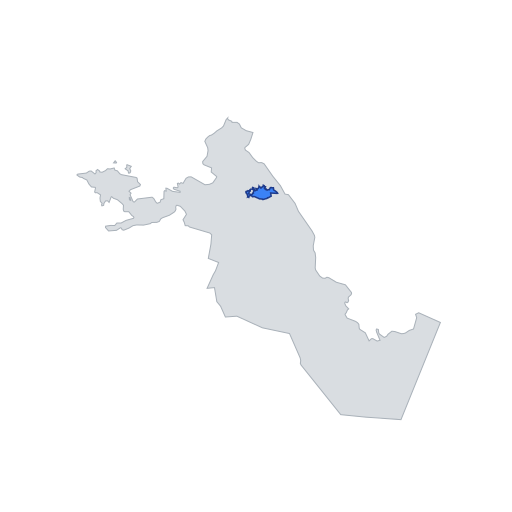 location of Mubarek, Kashkadarya, Uzbekistan, rotated 200°
{"feature_id": "79887680B29394566639719", "entity_name": "Mubarek", "entity_type": "district", "adm_level": 2, "iso_a3": "UZB", "parent_name": "Uzbekistan", "parent_adm1": "Kashkadarya", "projection": "natural_earth1", "projection_center": [65.477, 39.211], "detail": "fine", "context": "in_parent", "style": "filled", "palette": "blue", "viewbox_px": 512, "rotation_deg": 200, "n_neighbors": 0, "source": "geoboundaries", "source_scale": "gbopen_adm2", "svg_char_len": 5648}
<svg xmlns="http://www.w3.org/2000/svg" viewBox="0 0 512 512"><g transform="rotate(200 256 256)"><path d="M395.9,232.4L403.1,229.1L407.2,231.3L407.5,232.6L403.1,235.0L399.2,236.3L398.0,239.4L394.1,240.8L390.2,245.1L384.0,249.5L383.9,250.4L384.5,251.1L386.5,251.6L390.7,254.1L394.7,252.7L395.7,253.0L396.7,254.4L397.9,258.4L399.7,259.4L405.5,261.5L409.8,261.5L411.9,262.4L412.3,262.0L412.4,256.1L414.3,257.1L416.2,256.3L416.9,253.4L416.5,251.5L417.9,250.4L418.6,251.1L418.7,252.9L420.9,254.0L422.4,257.0L423.0,260.3L427.0,261.2L428.4,260.5L429.5,260.9L430.1,265.2L430.7,265.5L434.2,264.6L437.5,266.4L441.0,269.6L445.0,269.9L445.8,270.4L448.6,269.9L451.9,270.8L452.0,271.3L451.5,272.0L443.8,275.9L441.7,278.7L440.0,279.5L435.4,278.0L434.7,279.7L435.5,281.3L434.5,283.1L432.1,282.4L431.6,281.6L429.3,282.0L426.6,284.8L425.4,287.2L422.8,287.9L419.4,290.2L417.9,288.4L415.4,288.6L412.1,286.7L410.4,286.4L395.5,288.8L394.4,288.5L392.7,285.3L389.0,283.6L389.1,282.0L396.6,275.4L397.5,273.4L394.9,272.3L395.3,270.5L390.2,265.2L389.3,264.9L388.7,265.1L386.9,269.0L373.8,275.7L371.8,275.1L368.8,272.6L366.9,271.7L364.5,273.8L364.6,276.4L362.2,278.3L364.5,285.2L364.3,286.1L362.6,286.3L363.9,288.9L362.8,289.2L356.5,288.2L349.1,289.8L349.4,290.9L355.9,290.7L356.8,291.2L357.0,292.0L356.6,292.6L353.2,293.2L352.8,294.2L354.7,297.3L353.9,298.0L352.6,297.4L351.6,299.3L349.4,299.3L348.3,305.1L346.5,307.2L344.0,308.2L328.3,305.5L324.3,307.4L321.6,310.0L319.9,316.4L320.1,317.2L326.8,319.6L327.9,323.6L336.0,323.9L337.4,324.5L338.0,325.5L338.4,326.6L336.1,332.9L337.1,338.6L338.4,341.2L343.3,346.2L343.1,348.9L342.0,351.3L340.7,353.4L339.3,354.3L337.3,357.0L335.5,360.3L332.1,364.6L331.0,367.0L330.7,374.0L329.8,376.1L329.7,375.3L328.4,374.5L324.9,374.3L324.2,373.4L319.6,375.1L316.7,374.3L313.7,371.4L308.1,370.4L301.1,371.0L300.8,363.8L301.1,358.4L303.5,354.2L303.4,353.4L302.2,351.9L297.9,350.8L292.9,347.4L288.2,345.2L285.6,344.5L282.6,345.7L279.9,345.4L267.5,336.7L257.1,330.4L249.9,324.1L246.5,324.7L237.3,318.8L231.4,312.5L211.9,298.7L208.1,295.3L207.1,293.6L205.7,285.1L204.0,281.2L201.5,279.1L199.4,275.0L196.3,265.0L195.1,263.2L189.3,259.0L185.9,258.0L183.4,258.7L182.1,260.3L180.1,260.5L171.5,258.8L162.1,259.5L153.9,254.4L153.4,253.6L153.4,252.2L155.1,248.9L154.8,247.4L153.7,245.8L153.8,244.1L154.5,243.2L156.1,243.5L156.6,242.9L156.5,242.0L154.6,239.9L150.8,238.0L151.6,236.7L151.8,233.5L152.4,231.8L152.0,231.2L149.1,228.8L139.9,228.6L137.7,228.0L136.0,227.0L134.3,223.4L133.4,222.6L127.0,221.2L120.7,214.9L119.3,217.7L118.0,218.3L113.1,217.5L110.6,219.2L116.5,225.6L117.8,227.5L117.7,228.7L115.9,228.8L114.4,225.8L113.4,224.9L107.7,223.3L105.8,225.2L105.2,227.6L102.6,231.8L99.7,232.5L92.7,232.7L90.6,233.7L89.2,234.8L86.5,238.5L83.0,241.3L83.9,253.0L86.1,255.8L83.7,258.3L60.0,256.6L63.8,151.8L97.8,142.1L122.1,135.9L176.3,168.9L177.6,170.2L178.2,173.0L179.6,175.3L198.0,194.6L225.5,190.7L253.4,192.9L263.9,188.2L272.1,196.7L277.2,199.7L284.2,212.1L290.9,208.9L289.8,223.7L289.0,228.2L288.9,237.1L300.0,237.4L302.4,251.7L304.9,260.8L307.3,261.8L328.4,260.5L330.0,261.2L332.9,260.3L334.9,263.1L337.0,265.1L335.6,271.4L338.2,273.9L344.1,276.8L347.7,276.7L348.3,275.7L348.1,274.2L347.2,272.6L347.3,270.8L347.8,269.4L351.3,264.7L356.9,260.0L358.2,258.3L358.7,255.4L360.7,253.7L365.5,251.8L366.3,250.3L372.2,246.6L378.9,244.3L382.0,242.4L384.9,238.8L389.1,235.0L390.8,234.9L392.0,236.1L393.0,236.2L395.9,232.4ZM395.1,267.7L394.3,265.8L393.2,265.2L392.7,265.5L394.4,267.8L395.1,267.7ZM408.4,297.7L403.9,297.6L404.6,294.8L403.0,293.5L402.6,292.1L403.0,290.8L404.1,290.3L405.4,292.3L408.8,293.2L407.7,295.2L408.6,297.3L408.4,297.7ZM421.7,294.8L420.9,297.3L419.0,296.2L419.2,295.5L421.7,294.8Z" fill="#d9dde1" stroke="#a8b0b8" stroke-width="1"/><path d="M257.1,322.3L257.6,322.8L259.0,323.4L260.7,323.9L261.3,323.9L262.3,324.4L262.4,325.0L263.0,326.1L264.4,325.5L265.2,325.6L265.9,325.1L266.1,322.9L266.4,322.9L266.8,322.6L267.2,322.6L268.1,321.6L269.7,322.6L269.8,321.9L270.4,322.2L270.9,322.2L271.5,322.8L271.5,323.5L270.8,324.0L270.8,324.3L271.2,324.2L271.7,324.4L272.3,324.4L272.4,324.9L273.3,325.0L273.1,324.3L273.4,323.7L273.7,323.4L273.7,323.0L274.3,322.4L274.4,321.7L274.7,321.5L275.0,321.9L275.6,322.0L276.3,322.5L276.8,322.2L277.0,322.4L276.9,321.8L277.0,321.1L276.9,320.4L277.5,319.6L279.1,319.4L278.8,319.1L277.6,318.6L277.5,318.4L278.6,317.7L279.0,317.6L279.1,317.1L279.7,317.1L280.2,317.7L280.4,318.2L280.8,318.3L281.1,318.9L281.5,319.0L281.6,319.3L282.6,319.3L282.7,317.3L281.4,317.4L280.8,317.2L280.4,316.9L279.9,316.9L280.0,316.7L280.3,316.2L280.3,315.2L280.2,314.6L280.5,314.2L280.6,313.8L280.2,313.8L280.5,313.3L280.6,312.9L280.8,312.1L281.3,311.9L282.3,312.1L284.3,311.9L284.2,312.6L284.2,313.2L284.3,313.8L284.0,314.5L283.6,315.1L283.9,315.9L284.1,315.1L284.5,315.6L284.8,314.7L285.0,314.9L285.5,314.6L286.0,314.6L286.2,314.0L286.7,313.8L287.3,313.3L287.1,313.2L287.1,312.0L286.6,312.0L286.4,311.9L286.0,311.5L285.8,311.2L285.4,310.9L285.0,310.4L284.7,310.1L284.6,309.8L284.4,309.5L284.3,309.3L284.1,309.0L284.0,308.8L284.0,308.7L283.8,308.9L283.7,309.0L283.4,309.0L283.2,308.7L282.8,308.6L282.8,308.8L283.0,309.1L283.0,309.3L283.0,309.7L282.7,310.2L282.1,310.8L281.9,310.9L281.5,311.1L281.0,311.1L280.7,311.0L280.3,310.9L279.9,310.6L279.3,310.5L279.0,310.7L278.7,311.0L278.3,311.2L278.0,311.2L277.6,311.3L277.1,311.3L276.2,311.2L275.1,311.1L274.1,311.1L273.2,311.0L272.5,310.9L272.1,310.9L271.4,311.2L270.8,311.3L270.0,311.5L269.2,311.7L268.8,311.4L267.2,312.6L266.4,313.2L265.8,313.5L265.2,314.1L265.1,314.7L264.6,314.7L262.2,317.4L263.8,320.2L258.0,321.9L257.1,322.3Z" fill="#3b82f6" stroke="#1e3a8a" stroke-width="1.5"/></g></svg>